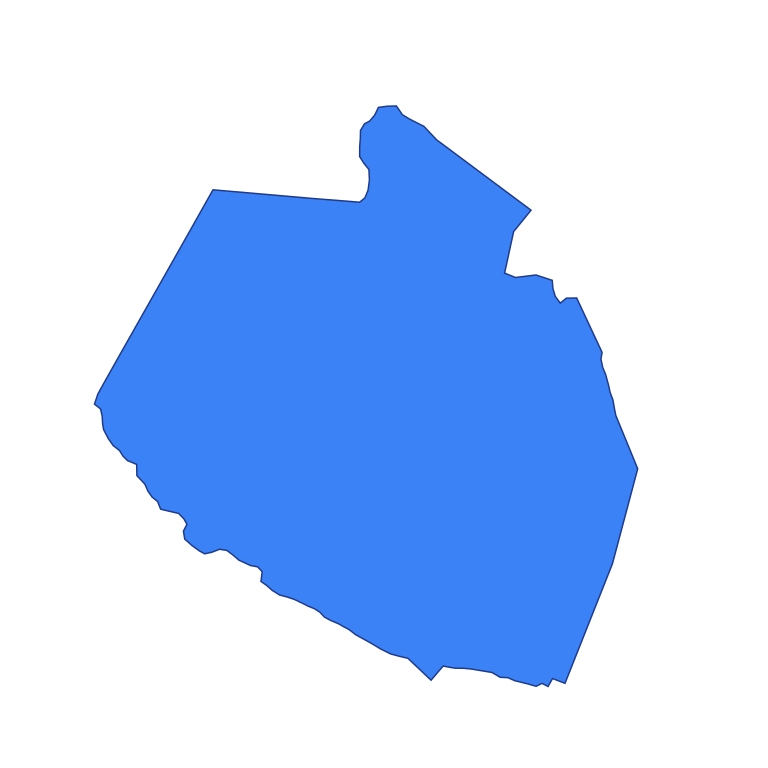 Forquilha, Ceará, Brazil (orthographic projection), rotated 107°
{"feature_id": "56859067B46311901336077", "entity_name": "Forquilha", "entity_type": "district", "adm_level": 2, "iso_a3": "BRA", "parent_name": "Brazil", "parent_adm1": "Ceará", "projection": "orthographic", "projection_center": [-40.207, -3.827], "detail": "fine", "context": "isolated", "style": "filled", "palette": "blue", "viewbox_px": 768, "rotation_deg": 107, "n_neighbors": 0, "source": "geoboundaries", "source_scale": "gbopen_adm2", "svg_char_len": 1647}
<svg xmlns="http://www.w3.org/2000/svg" viewBox="0 0 768 768"><g transform="rotate(107 384 384)"><path d="M487.9,655.0L490.7,647.8L497.3,644.0L503.7,641.7L509.6,638.8L516.9,631.6L522.1,624.9L525.0,617.4L529.3,612.5L532.2,607.0L533.2,597.0L543.9,593.5L549.7,583.4L555.5,578.4L560.0,572.6L562.5,566.2L569.0,561.0L568.5,552.5L567.8,542.6L571.4,536.0L575.8,531.4L583.3,532.8L590.6,529.2L594.7,520.2L597.6,511.7L598.8,505.8L595.2,499.4L590.1,492.9L589.1,485.7L591.6,478.7L594.9,471.2L596.6,458.6L595.8,451.4L599.1,445.6L608.8,443.9L610.8,437.7L614.1,430.4L616.3,422.0L616.0,413.9L616.2,407.1L617.5,398.0L618.6,391.8L619.2,385.0L620.9,378.8L624.4,372.6L625.7,365.9L626.6,357.4L627.9,351.6L629.0,345.8L632.1,337.6L634.1,327.9L636.0,319.2L638.3,310.1L640.2,298.8L639.9,290.0L639.3,281.0L653.5,252.4L636.4,245.0L635.8,239.1L635.0,233.0L632.7,225.2L631.1,217.5L628.3,196.4L630.5,187.2L628.6,179.5L629.5,172.3L628.8,160.0L628.6,150.1L624.1,145.4L625.3,138.7L616.4,136.7L617.3,123.4L489.2,113.0L390.9,116.6L346.2,153.2L338.9,157.1L332.3,160.4L326.1,165.2L319.5,168.9L310.0,174.9L304.2,179.7L296.8,183.8L290.0,184.7L245.4,224.9L248.6,234.7L255.1,239.1L250.1,245.9L243.1,250.5L235.7,253.4L235.3,270.5L243.7,289.4L242.7,301.1L200.4,304.6L174.8,294.2L135.1,405.1L125.9,421.3L124.8,427.8L123.0,437.9L121.1,445.2L114.5,453.4L117.4,462.1L121.1,470.2L129.6,471.5L136.6,474.5L140.9,478.7L148.4,480.6L156.2,478.4L163.9,476.7L173.6,473.8L178.7,467.9L183.3,461.1L193.2,457.6L203.3,455.9L211.7,456.7L217.3,460.5L228.3,510.4L248.3,604.3L302.9,616.3L409.1,639.8L432.0,644.9L466.3,652.4L477.2,654.7L487.9,655.0Z" fill="#3b82f6" stroke="#1e3a8a" stroke-width="1.5"/></g></svg>